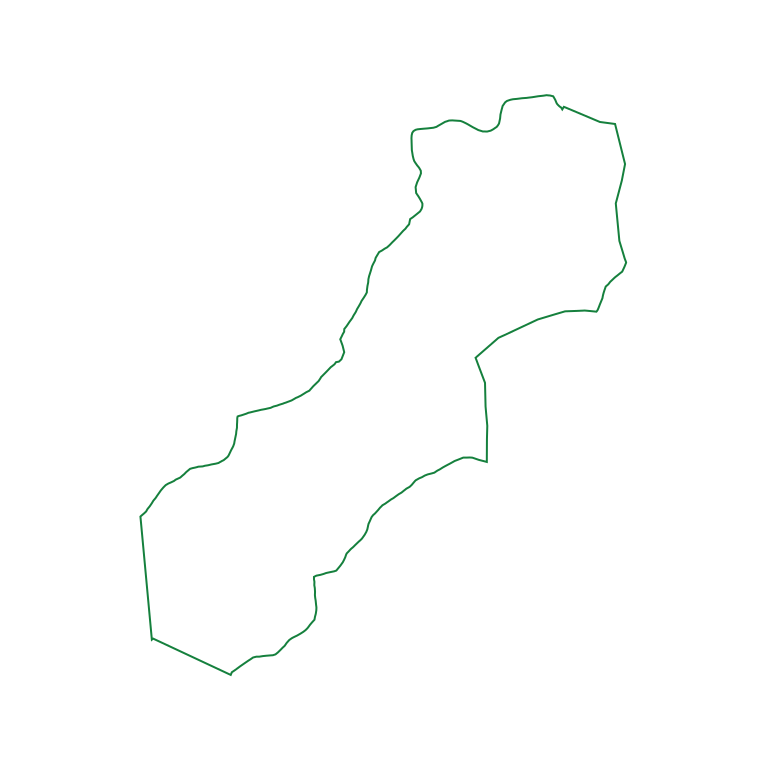 outline of Entrepot, Castries, Saint Lucia, rotated 76°
{"feature_id": "8701671B30362315223491", "entity_name": "Entrepot", "entity_type": "district", "adm_level": 2, "iso_a3": "LCA", "parent_name": "Saint Lucia", "parent_adm1": "Castries", "projection": "mercator", "projection_center": [-60.98, 14.0], "detail": "fine", "context": "isolated", "style": "outline", "palette": "green", "viewbox_px": 768, "rotation_deg": 76, "n_neighbors": 0, "source": "geoboundaries", "source_scale": "gbopen_adm2", "svg_char_len": 6163}
<svg xmlns="http://www.w3.org/2000/svg" viewBox="0 0 768 768"><g transform="rotate(76 384 384)"><path d="M629.2,603.1L626.9,601.4L625.5,597.6L623.1,591.8L621.2,586.8L619.6,582.5L619.0,580.7L618.8,580.1L617.7,577.2L617.7,575.0L617.7,573.9L618.1,572.2L618.4,570.9L618.7,567.4L618.9,566.0L619.1,564.5L619.8,560.2L620.3,557.4L620.2,556.3L620.1,554.7L618.8,551.9L616.8,548.5L615.3,546.1L614.4,544.4L614.0,543.7L611.7,541.1L609.5,537.9L608.4,535.1L608.0,533.6L607.6,531.8L607.1,529.3L606.0,525.4L604.9,522.1L603.8,519.6L603.2,518.6L602.4,517.3L601.3,515.9L599.7,514.0L597.9,511.5L595.9,508.5L593.2,507.3L591.6,506.4L590.5,505.8L587.4,504.5L585.8,504.0L584.3,503.6L581.7,503.3L577.6,502.7L575.0,502.5L572.1,502.1L569.0,501.2L565.2,500.5L563.9,500.4L562.4,500.3L559.2,499.4L558.4,499.3L556.6,499.2L554.2,498.6L553.6,496.0L553.8,491.9L553.7,488.7L553.4,485.8L553.5,482.6L553.7,477.6L553.6,476.6L553.5,475.4L552.0,473.4L551.2,472.3L549.7,470.3L546.9,467.0L544.7,465.1L542.7,463.5L540.8,462.3L539.5,461.3L539.0,460.6L538.1,459.1L536.3,456.4L535.7,455.3L535.0,453.8L534.2,452.4L533.4,451.1L531.5,447.8L530.7,446.4L530.0,445.0L529.0,443.3L528.6,442.7L525.5,439.1L524.1,437.8L523.4,437.1L521.1,435.4L518.5,434.1L517.8,433.8L515.9,432.8L513.6,430.9L512.4,430.0L510.1,428.2L508.6,426.3L507.4,424.0L504.8,420.1L503.0,417.7L502.1,416.1L501.3,414.9L500.9,413.5L500.3,411.5L499.7,410.1L499.0,408.2L498.1,406.0L497.7,405.0L497.0,402.5L495.9,399.9L494.5,396.4L493.6,393.3L492.1,390.1L491.5,388.7L491.0,387.7L490.0,384.0L488.6,381.5L486.7,378.9L485.5,377.2L485.1,376.5L484.0,372.5L483.7,370.4L483.6,369.7L482.7,366.6L482.3,363.5L482.3,359.8L482.3,359.2L482.2,356.5L481.8,355.5L481.0,353.3L480.7,352.1L480.4,350.7L479.2,347.1L478.5,344.5L477.6,340.9L477.4,340.0L476.9,338.1L476.2,335.5L475.8,334.1L475.6,332.5L475.4,330.8L475.0,327.8L474.6,325.0L474.8,324.1L475.5,321.2L475.9,319.2L476.3,317.7L476.9,316.0L478.7,313.2L479.1,312.6L480.7,310.1L482.1,307.5L483.6,304.7L484.5,303.1L462.2,297.4L460.4,296.9L449.6,293.9L438.0,292.1L430.4,290.9L407.3,285.7L387.8,288.0L384.1,288.4L380.7,288.8L375.7,279.0L366.9,261.8L366.0,257.0L365.8,255.8L358.6,219.2L357.8,202.5L357.3,190.7L359.8,178.9L361.3,171.4L362.9,166.8L365.2,160.4L364.2,159.1L363.6,158.6L362.6,157.8L360.2,156.1L359.3,155.5L353.6,151.3L351.6,150.4L350.8,150.0L348.6,148.8L347.0,147.8L346.3,147.4L345.6,146.9L343.1,145.3L341.5,142.2L339.6,139.8L338.2,137.3L337.0,135.2L336.2,133.7L335.2,131.4L333.6,128.0L332.6,125.7L328.8,122.6L327.2,121.4L324.8,119.7L323.9,119.7L321.3,120.0L320.5,120.1L313.9,120.4L302.1,121.0L277.4,117.3L264.8,115.4L262.5,114.1L244.1,104.0L228.9,96.9L187.6,96.9L182.0,111.1L159.9,140.6L158.6,142.4L160.7,144.6L158.6,145.2L158.1,145.7L157.3,146.4L156.4,147.0L154.9,147.9L154.3,148.2L153.1,148.6L149.7,149.1L145.8,150.2L144.2,153.2L143.9,154.2L143.1,156.4L142.8,159.7L142.1,164.8L141.6,170.7L141.1,174.6L140.9,176.4L140.1,181.0L139.5,186.1L138.9,190.0L138.8,192.6L139.1,196.2L140.0,198.3L143.0,201.7L144.0,202.2L146.1,203.4L150.7,205.8L154.4,207.1L157.3,208.5L159.1,209.4L160.6,210.9L161.9,212.6L162.2,213.6L163.2,216.2L163.6,217.6L164.0,219.2L164.0,222.7L162.9,227.0L162.2,228.1L160.4,231.1L159.2,232.4L156.5,235.5L154.2,237.9L152.9,239.2L151.5,240.7L150.8,241.5L148.8,243.9L147.8,245.3L147.2,246.3L144.8,253.8L144.4,255.6L144.1,257.3L144.3,259.1L144.4,261.3L145.0,263.4L145.6,265.5L146.6,269.1L147.2,270.9L147.3,274.1L146.5,280.1L145.8,284.3L145.4,286.9L145.0,289.8L145.0,291.8L145.5,293.5L145.8,294.3L147.1,295.8L149.4,297.0L152.2,297.9L154.2,298.3L155.5,298.6L163.8,300.4L166.3,300.6L169.7,300.9L173.0,300.9L174.0,300.8L175.1,300.7L177.4,299.9L180.0,298.9L180.8,298.5L182.5,297.7L184.5,297.1L186.0,296.7L187.5,297.0L188.6,297.2L192.2,299.7L196.4,303.1L200.6,305.7L206.5,306.6L210.6,305.1L213.2,304.3L217.0,303.3L218.3,303.1L219.1,303.3L220.5,303.7L221.6,304.2L223.2,305.2L225.3,307.3L229.2,315.7L230.3,318.7L231.5,319.3L235.1,321.0L236.2,322.6L236.8,323.5L237.4,324.3L238.5,325.6L240.0,328.3L241.2,330.1L242.5,332.0L244.0,334.2L245.5,336.6L246.4,338.1L247.2,339.4L248.4,341.5L250.6,345.0L252.2,348.0L252.4,348.8L252.6,349.6L252.9,350.7L254.0,353.7L254.8,356.8L257.3,359.3L259.5,361.5L260.5,362.1L261.9,362.8L264.7,365.3L266.5,366.8L267.2,367.3L269.0,368.3L269.9,368.8L270.6,369.2L272.4,370.3L275.8,372.4L278.6,373.8L280.5,374.4L281.7,374.8L284.8,376.3L288.6,377.8L291.0,378.5L293.1,380.4L295.4,382.8L298.0,385.7L299.6,387.0L300.2,387.5L302.5,389.7L303.5,390.7L304.8,392.0L306.7,393.5L307.4,394.1L308.0,394.7L309.8,396.6L311.1,397.8L312.1,398.6L313.9,400.7L315.1,402.2L318.8,406.3L320.5,408.5L321.0,409.2L322.5,409.7L323.6,410.0L326.0,412.3L326.6,412.7L330.0,415.6L336.8,414.9L343.5,414.9L349.7,419.3L351.1,421.8L351.4,422.4L351.3,423.6L351.2,425.3L352.0,426.2L352.9,427.3L354.4,430.6L354.6,431.2L355.0,431.9L357.8,436.3L361.7,442.7L362.1,443.4L362.9,444.1L365.3,446.7L369.0,453.1L372.0,457.5L372.4,458.0L372.9,460.2L373.1,461.2L374.2,464.5L374.5,465.5L375.2,467.6L375.6,469.5L375.9,470.8L376.2,472.9L376.7,474.5L377.6,477.7L377.7,478.7L377.9,480.3L378.1,482.2L378.3,483.7L378.4,485.5L378.6,486.7L378.8,490.6L378.9,491.3L379.1,493.2L379.1,496.4L379.3,497.7L379.7,499.8L379.6,503.4L379.6,504.9L379.5,506.7L379.3,509.6L379.3,512.2L379.2,516.4L379.2,517.8L379.2,519.4L379.2,521.4L379.1,522.3L379.5,524.8L379.8,528.7L379.9,530.2L379.9,532.5L380.1,533.9L381.5,534.6L383.7,535.2L386.1,535.9L387.6,536.4L390.3,537.1L391.0,537.3L394.1,538.7L396.7,539.6L403.3,542.8L405.6,543.8L408.1,545.5L411.3,548.4L413.5,550.2L415.9,552.2L417.0,553.6L419.1,558.0L419.5,559.9L419.9,561.2L420.1,562.1L420.6,563.7L420.6,565.1L420.6,566.5L420.3,571.1L420.3,574.3L420.0,577.5L420.1,579.8L419.9,580.9L419.3,584.2L419.4,585.5L419.4,586.3L419.4,587.6L419.3,590.1L419.4,592.7L421.6,597.2L423.1,599.6L424.3,602.1L425.0,603.4L425.5,604.4L426.4,609.2L427.3,611.3L427.5,612.3L427.9,614.3L428.1,615.4L428.4,617.3L429.3,620.3L431.0,623.1L433.3,626.3L435.3,628.6L437.9,631.6L438.4,632.1L439.7,633.6L440.1,634.2L441.4,636.0L442.6,637.2L443.5,638.1L446.0,640.9L448.0,643.6L448.9,644.5L450.1,645.6L451.4,647.9L452.1,649.3L453.0,651.1L453.3,651.7L453.7,652.4L575.9,671.1L575.2,669.6L629.2,603.1Z" fill="none" stroke="#15803d" stroke-width="2"/></g></svg>